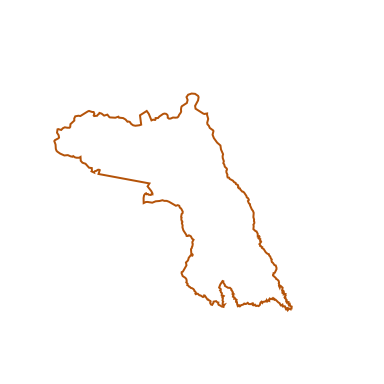 Totoró, Cauca, Colombia, rotated 213°
{"feature_id": "7082276B94855321058702", "entity_name": "Totoró", "entity_type": "district", "adm_level": 2, "iso_a3": "COL", "parent_name": "Colombia", "parent_adm1": "Cauca", "projection": "mercator", "projection_center": [-76.469, 2.497], "detail": "fine", "context": "isolated", "style": "outline", "palette": "amber", "viewbox_px": 384, "rotation_deg": 213, "n_neighbors": 0, "source": "geoboundaries", "source_scale": "gbopen_adm2", "svg_char_len": 6026}
<svg xmlns="http://www.w3.org/2000/svg" viewBox="0 0 384 384"><g transform="rotate(213 192 192)"><path d="M197.8,247.1L203.0,249.1L205.9,251.2L207.2,254.8L207.9,255.2L212.0,255.4L213.9,256.7L215.9,257.2L217.0,258.4L218.2,262.1L221.4,264.9L222.1,266.1L224.1,264.2L225.2,263.9L234.4,263.8L236.3,265.9L236.8,272.1L238.1,275.1L239.2,275.9L242.9,276.0L245.9,274.4L248.2,271.5L248.3,268.6L245.8,266.8L244.8,263.9L247.2,258.5L247.2,257.5L246.3,255.4L244.9,253.5L244.7,252.5L244.8,249.3L244.5,247.9L244.8,246.6L246.2,245.4L248.5,244.1L249.9,242.0L251.2,241.0L252.8,241.1L253.8,242.6L254.8,243.3L256.4,243.4L257.9,242.7L258.8,241.6L260.5,237.5L260.8,235.5L262.8,234.2L262.1,232.9L262.2,232.3L264.0,231.5L265.0,230.0L270.8,234.0L274.1,235.3L277.4,228.0L271.3,220.8L272.5,219.3L275.6,216.7L277.7,215.9L280.1,216.0L282.4,216.9L283.9,216.4L284.4,215.8L287.2,216.6L290.0,216.5L293.7,214.6L294.7,215.1L296.8,212.5L301.4,209.9L302.1,209.8L305.1,210.8L307.3,208.2L310.5,208.5L312.7,207.9L312.6,206.6L313.0,205.8L313.1,204.3L315.4,202.4L316.1,202.6L316.5,204.4L318.1,205.5L319.4,204.7L322.5,203.9L323.3,202.8L327.0,194.9L328.8,194.1L331.1,191.9L330.8,189.5L329.6,187.8L330.9,182.7L329.6,180.3L329.7,179.2L331.5,178.0L333.9,177.0L335.0,175.2L335.5,172.8L338.4,171.9L338.9,171.3L337.5,168.2L334.8,167.0L333.2,165.3L333.2,164.4L335.2,160.8L335.2,159.7L332.3,157.5L329.7,154.0L328.1,152.8L326.9,152.5L323.5,152.4L319.0,153.1L316.2,155.3L313.2,155.8L311.4,156.5L311.2,157.4L309.1,157.3L307.4,157.9L305.3,159.3L304.6,160.7L302.3,157.6L299.8,156.9L296.7,157.7L291.6,156.3L289.1,157.5L287.5,155.3L287.5,154.6L285.9,154.8L284.7,155.0L285.0,155.3L284.8,156.5L283.8,157.6L283.0,159.4L282.2,160.0L281.3,160.1L280.2,156.2L232.4,176.0L232.3,172.5L226.7,170.6L224.4,169.3L223.9,168.5L224.8,168.1L224.9,167.1L226.9,166.1L227.9,166.3L228.9,165.4L229.8,165.9L230.3,165.0L230.4,163.1L229.3,160.5L226.5,156.4L225.3,158.4L224.0,159.4L219.5,161.4L217.4,164.4L214.3,166.8L212.3,169.0L210.4,169.5L208.3,170.8L205.9,171.3L198.0,171.7L196.8,173.2L195.2,173.5L193.7,172.3L192.1,172.2L189.1,170.5L188.4,169.2L188.7,167.9L187.5,165.1L186.8,164.9L186.3,163.5L185.0,162.2L184.4,162.2L183.7,161.6L183.6,160.4L181.7,158.9L180.8,157.2L178.3,155.1L173.3,152.9L172.6,152.2L171.5,152.8L171.1,153.9L170.6,154.1L168.8,154.2L166.5,152.9L164.7,152.8L164.5,150.4L163.9,149.4L163.1,148.9L162.2,146.9L162.1,145.8L161.7,145.1L161.7,143.5L159.2,140.2L157.4,139.9L157.0,139.1L157.1,138.7L158.6,138.4L158.9,135.0L158.2,132.9L158.2,131.6L158.7,129.6L156.7,127.5L156.3,120.3L157.0,119.2L156.5,118.2L154.0,116.4L150.8,116.4L149.2,115.8L147.8,114.3L147.6,113.1L145.8,112.7L145.2,111.3L144.0,111.5L142.8,111.0L141.9,111.2L140.9,110.9L139.8,111.3L138.0,111.4L136.9,111.0L135.9,110.2L135.1,110.3L133.8,109.6L133.8,108.6L133.1,108.4L132.6,109.3L131.7,109.8L129.6,109.4L128.5,109.9L125.6,109.9L125.1,110.6L125.5,111.9L124.9,112.1L120.3,110.2L119.8,110.7L118.7,110.4L117.2,110.6L116.6,110.1L116.4,108.9L114.8,108.0L113.6,108.3L113.7,110.6L114.2,111.8L112.3,113.6L110.3,113.2L109.7,113.6L108.9,112.3L108.2,111.9L106.0,112.2L104.9,112.1L103.0,112.8L103.4,113.8L103.4,115.1L104.2,114.0L104.6,114.6L105.3,114.6L106.1,116.3L106.1,117.0L107.3,117.6L108.1,119.5L109.0,119.9L108.7,122.1L109.1,122.1L109.8,121.1L110.7,121.3L111.8,123.4L113.2,123.7L114.2,124.8L114.7,124.8L114.6,125.6L115.0,126.2L117.2,126.6L117.9,129.8L117.9,134.0L117.1,134.2L116.4,133.0L114.0,132.1L113.3,131.2L109.6,131.3L108.0,132.3L106.0,131.9L105.5,131.1L104.8,131.0L103.2,130.2L103.0,129.6L101.9,129.3L102.5,128.8L102.4,128.4L101.0,127.8L100.7,126.5L98.8,126.6L98.4,125.5L97.7,126.0L95.8,125.8L95.8,124.5L94.9,123.7L94.6,123.8L94.8,124.3L94.4,124.2L92.8,122.3L91.9,122.3L92.1,121.8L91.4,121.2L90.5,122.6L89.8,122.0L89.5,122.2L89.1,124.0L87.9,125.2L87.5,126.8L87.0,127.1L86.5,126.9L85.5,127.8L84.9,129.4L83.3,129.0L82.0,129.7L80.4,131.8L79.9,131.5L79.7,130.4L79.2,130.3L78.3,130.7L77.8,131.8L76.2,131.3L75.2,132.3L74.0,132.6L73.6,134.2L74.3,136.6L74.0,137.8L72.6,137.3L72.6,138.6L71.3,139.6L71.0,140.4L70.2,140.6L70.4,141.5L70.0,141.2L69.6,142.0L69.1,141.7L69.0,142.5L68.0,142.7L68.8,143.6L68.8,144.9L67.9,144.8L67.4,145.6L66.6,145.7L66.3,147.2L65.8,147.1L65.5,146.3L64.9,146.5L64.6,147.1L63.9,146.6L63.3,147.2L59.3,146.4L58.1,146.5L55.7,145.2L55.4,145.3L54.8,146.8L53.4,145.5L52.5,146.4L51.8,146.3L51.5,146.6L50.1,145.5L49.4,146.1L49.5,145.0L49.0,144.7L48.4,145.1L48.0,145.8L47.3,145.2L47.1,147.1L45.4,147.3L45.7,148.0L45.1,148.5L46.0,150.2L47.6,149.9L48.8,151.1L49.1,149.9L50.2,150.6L50.3,151.3L51.0,152.3L51.6,152.0L52.2,150.9L53.7,151.8L53.5,152.6L53.8,153.0L55.1,153.3L56.0,154.2L56.2,153.9L55.7,153.3L57.0,154.0L57.2,156.4L58.1,156.6L58.1,157.3L58.7,157.1L59.3,156.2L59.8,157.2L60.6,156.6L61.2,156.6L61.6,157.2L61.1,158.7L61.6,158.9L62.8,158.5L63.9,161.1L66.4,161.5L66.7,160.9L66.3,159.6L68.1,160.8L68.3,161.8L69.4,162.5L69.7,163.5L71.0,164.7L73.0,165.1L74.0,164.9L74.8,165.5L78.6,166.1L79.0,166.8L78.9,167.8L79.4,168.3L78.6,169.5L79.1,173.3L79.9,174.5L81.8,176.0L83.0,175.6L85.4,176.6L86.9,176.8L88.1,177.9L88.4,178.9L89.5,179.1L91.4,180.6L92.6,180.7L93.7,181.7L95.0,181.3L97.3,181.6L100.8,183.2L102.8,183.2L103.1,184.0L104.0,183.8L104.9,184.2L105.5,183.9L106.0,184.6L107.1,185.0L106.9,187.9L107.6,188.3L108.3,188.1L109.1,189.7L110.5,189.3L111.1,189.5L110.8,190.8L111.1,191.4L111.7,191.6L112.7,190.6L114.2,192.8L116.5,194.1L117.4,193.8L120.3,194.3L121.7,197.0L122.7,198.0L122.7,199.5L123.3,200.7L124.2,201.3L125.0,202.8L126.8,204.3L128.9,208.1L130.5,209.3L132.4,210.0L136.2,212.5L136.7,213.4L138.0,213.4L140.2,214.9L140.0,216.2L140.4,216.7L142.0,217.4L143.1,217.3L144.2,218.3L147.9,219.9L149.1,220.1L150.0,219.7L152.8,220.4L153.7,221.1L154.7,220.6L155.8,220.9L156.1,221.2L155.9,221.7L157.3,222.8L159.5,222.6L160.4,223.4L162.1,223.2L163.9,223.8L167.6,223.5L168.7,224.2L170.0,223.6L171.2,224.7L171.7,225.8L173.7,227.1L174.7,228.4L174.8,229.7L175.6,230.6L178.3,231.1L180.0,232.7L181.4,233.2L182.1,235.2L184.7,237.2L185.9,238.8L186.5,240.6L190.9,243.5L193.5,246.5L197.8,247.1Z" fill="none" stroke="#b45309" stroke-width="2"/></g></svg>